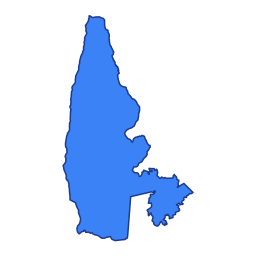 outline of Apulo, Cundinamarca, Colombia
{"feature_id": "7082276B77880035586372", "entity_name": "Apulo", "entity_type": "district", "adm_level": 2, "iso_a3": "COL", "parent_name": "Colombia", "parent_adm1": "Cundinamarca", "projection": "robinson", "projection_center": [-74.565, 4.536], "detail": "fine", "context": "isolated", "style": "filled", "palette": "blue", "viewbox_px": 256, "rotation_deg": 0, "n_neighbors": 0, "source": "geoboundaries", "source_scale": "gbopen_adm2", "svg_char_len": 5846}
<svg xmlns="http://www.w3.org/2000/svg" viewBox="0 0 256 256"><path d="M85.5,25.3L85.7,25.7L85.6,27.2L86.2,28.7L85.9,30.2L85.9,30.8L86.7,32.9L86.7,33.7L85.4,35.9L84.6,37.8L84.7,39.7L84.0,43.0L84.3,43.5L84.4,44.2L84.4,44.8L83.6,46.4L83.5,50.2L82.7,51.5L82.5,53.3L81.8,54.3L80.9,56.3L79.6,61.4L79.6,63.1L78.7,66.8L78.7,69.7L77.1,73.0L75.8,75.9L75.3,80.0L75.4,82.4L72.1,86.8L72.0,88.1L72.4,89.3L72.4,89.9L71.6,91.5L71.1,97.6L70.7,99.3L71.0,101.8L70.7,105.1L70.6,105.5L70.2,105.7L69.9,106.6L70.0,107.3L70.9,109.2L70.9,110.0L70.4,112.9L70.5,114.0L70.2,119.0L70.4,120.8L70.2,121.7L69.5,123.3L69.6,125.3L69.4,126.5L69.6,129.1L69.1,131.0L68.6,131.9L67.5,133.2L67.5,133.9L66.6,136.6L65.5,143.2L65.5,145.6L65.9,147.4L66.4,147.8L66.8,148.7L67.0,152.0L66.9,152.8L65.6,154.8L65.2,156.3L65.2,157.0L65.9,158.0L66.0,158.8L65.8,159.5L65.9,161.1L65.6,162.1L64.2,164.4L63.5,165.0L63.1,165.7L63.5,166.7L64.0,169.8L64.5,170.7L66.3,175.3L66.1,178.5L67.0,180.2L67.5,180.3L67.9,180.7L68.9,183.8L69.0,184.8L68.8,185.9L69.3,188.1L69.7,194.2L70.0,195.7L70.0,199.8L75.7,202.8L75.8,203.9L76.9,206.9L78.3,209.6L78.6,210.8L78.5,212.7L80.3,217.6L80.5,218.9L80.4,220.7L79.6,223.4L79.0,224.5L77.9,225.5L76.9,228.4L77.1,229.3L77.2,230.7L77.6,232.0L78.6,233.3L79.2,233.7L79.5,233.7L81.2,232.1L81.9,231.7L83.7,231.3L84.1,230.3L84.7,230.1L85.1,230.4L85.6,232.0L86.0,232.4L88.4,232.1L90.5,233.2L91.8,232.7L92.8,233.8L94.5,234.7L96.8,235.1L98.9,236.0L101.5,238.1L104.3,238.2L106.6,237.3L110.4,236.6L110.6,236.8L111.3,238.4L112.1,239.4L115.2,240.6L123.5,239.6L124.0,239.7L125.3,239.3L126.0,238.6L127.0,238.4L127.6,236.4L130.7,196.6L151.5,191.8L152.5,192.4L153.1,192.5L154.2,191.1L154.8,190.9L155.1,191.2L155.2,191.6L154.5,192.9L153.4,194.2L152.7,194.5L151.5,194.3L150.5,194.4L150.3,195.1L150.6,196.7L149.0,198.5L149.1,200.5L148.6,201.7L148.5,203.2L149.3,203.3L151.1,202.9L151.3,203.3L151.7,205.7L151.4,206.8L150.5,207.8L149.1,208.9L147.7,209.6L147.3,210.0L147.2,210.6L148.2,211.8L148.4,215.4L148.5,215.6L149.0,215.5L150.3,213.4L150.7,213.0L151.0,213.0L151.1,213.3L151.2,214.6L152.8,216.4L152.9,216.9L153.0,218.0L152.2,220.2L152.2,221.0L153.8,222.4L153.7,223.6L153.9,224.1L154.9,225.1L155.6,225.5L156.9,226.0L157.9,225.9L158.4,225.5L159.6,223.9L160.4,222.0L161.1,221.6L161.5,221.5L162.7,224.0L164.3,225.2L164.8,225.3L164.9,225.1L165.1,223.9L165.4,223.6L165.6,223.6L166.3,224.6L166.7,224.5L166.9,223.4L165.9,221.1L165.1,220.5L163.5,219.9L163.3,219.3L164.4,218.7L164.9,218.0L165.3,215.3L165.4,215.1L166.4,215.4L167.5,214.4L168.0,214.4L167.9,215.4L168.9,215.8L169.5,216.4L169.5,217.4L169.2,218.0L169.3,218.4L169.6,218.7L171.3,218.0L172.6,217.8L173.0,217.1L172.9,215.5L173.0,215.1L175.2,214.6L175.5,214.3L175.6,212.4L175.8,212.2L178.3,211.3L179.5,210.5L179.5,209.1L178.2,207.7L178.6,206.6L178.5,205.8L177.8,205.4L176.8,205.1L176.6,204.6L177.7,204.2L178.7,203.3L179.1,203.2L179.6,203.5L179.9,204.8L180.2,204.8L181.1,204.4L182.7,204.4L183.0,203.7L181.8,203.1L181.6,202.2L182.3,201.0L183.6,200.2L184.0,199.6L183.7,198.6L183.9,197.7L184.9,197.0L185.7,197.5L186.4,197.4L186.8,195.8L187.0,195.6L188.2,195.1L189.3,193.9L189.7,193.7L191.3,193.6L192.3,193.1L192.9,192.4L183.9,183.5L179.5,186.0L178.0,187.1L177.4,187.3L177.3,187.1L178.4,185.5L178.4,184.8L178.1,184.0L178.0,183.3L178.7,181.6L178.8,180.5L178.8,180.3L176.9,179.5L176.8,178.3L176.3,176.8L174.2,174.6L173.4,175.6L173.0,177.4L172.7,178.1L166.8,178.3L166.0,178.1L164.9,177.6L163.6,178.2L161.7,177.1L160.1,178.4L159.6,178.2L158.3,176.7L157.1,175.8L157.2,174.5L157.7,172.4L157.1,170.2L156.8,169.4L156.6,169.3L155.4,170.4L155.0,170.4L154.6,170.1L154.5,169.0L153.9,168.5L152.4,168.7L149.5,168.4L149.1,168.5L149.1,169.2L149.8,170.3L150.5,170.6L151.9,170.8L152.2,171.2L151.9,171.6L150.1,171.4L149.1,171.9L149.0,172.6L149.3,173.9L149.2,174.3L148.9,174.3L148.1,173.6L148.0,173.0L148.3,172.4L148.3,171.8L147.8,171.5L145.7,171.0L144.2,170.3L143.7,170.3L143.3,171.7L142.3,172.1L142.0,172.4L142.1,173.6L141.5,175.0L140.8,176.0L140.0,176.4L139.2,176.3L138.6,174.3L138.1,173.4L137.2,172.8L135.1,172.8L134.0,172.1L132.5,170.5L132.5,169.8L133.0,168.9L133.7,166.9L135.9,166.9L137.4,166.2L138.1,165.2L138.7,163.4L140.2,162.5L141.5,161.9L142.1,161.4L143.7,158.7L146.3,156.1L147.1,154.5L147.1,151.7L148.7,149.9L149.4,148.0L150.1,147.3L150.2,146.8L150.2,146.2L150.0,145.4L148.7,145.2L147.5,143.5L146.6,141.7L146.4,140.7L145.2,139.0L144.6,136.8L144.2,136.2L143.7,136.2L143.4,135.8L142.4,135.8L142.0,135.4L141.0,136.3L140.2,136.3L139.6,136.0L138.5,136.7L137.5,136.7L137.2,137.0L135.5,137.3L134.1,138.3L133.7,138.8L133.2,139.7L133.1,141.0L132.2,142.2L131.3,140.9L129.9,139.4L129.3,139.1L128.6,139.0L127.7,138.5L125.9,136.1L124.8,134.1L124.7,133.0L126.0,130.9L127.0,129.9L129.3,128.6L131.7,127.8L134.3,125.9L136.0,121.8L137.7,120.2L138.0,119.4L138.0,118.8L138.6,116.2L138.6,113.7L139.3,111.9L139.6,109.7L139.5,106.8L137.3,104.1L136.6,102.1L135.5,100.6L134.1,99.2L132.2,98.7L130.6,96.3L128.1,93.6L127.5,90.9L126.5,89.5L126.2,87.7L126.0,87.4L125.4,87.1L123.7,87.0L121.4,85.9L120.7,85.4L119.6,83.9L118.3,79.8L117.6,75.7L117.6,75.2L118.5,73.6L119.1,73.3L119.1,72.7L118.7,72.2L118.6,71.5L118.2,71.1L118.6,71.0L118.7,70.8L118.4,70.4L118.6,69.9L118.0,69.2L118.3,68.4L117.7,67.9L117.8,67.2L117.5,66.6L116.7,66.6L116.4,65.7L115.8,65.7L115.8,64.9L115.2,64.6L114.9,62.9L115.1,62.2L114.3,61.5L114.1,60.4L113.4,60.0L113.2,59.5L113.2,58.7L112.6,57.7L112.1,56.3L112.1,55.5L112.9,54.8L113.3,53.9L113.3,53.1L113.8,52.2L111.4,47.4L111.1,46.5L109.9,44.8L109.9,44.2L109.6,43.2L109.6,42.2L109.3,41.3L109.4,39.7L108.9,38.6L109.1,37.9L109.3,35.1L109.1,34.1L108.0,32.1L107.9,30.2L107.6,30.0L106.6,30.0L106.3,29.7L105.3,28.4L105.1,27.7L104.6,25.2L104.6,20.6L104.2,19.5L103.2,18.4L100.7,17.7L100.3,17.3L99.5,16.9L95.4,17.0L92.7,17.6L92.3,17.5L90.6,16.2L89.2,15.8L88.9,15.4L89.1,16.1L89.2,17.7L88.6,19.0L88.5,20.6L86.7,23.9L85.5,25.3Z" fill="#3b82f6" stroke="#1e3a8a" stroke-width="1.5"/></svg>